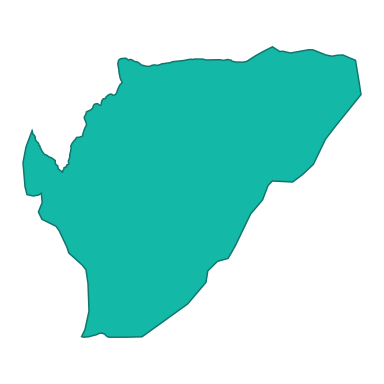 outline of Yelimane, Kayes, Mali
{"feature_id": "8926073B99329075829336", "entity_name": "Yelimane", "entity_type": "district", "adm_level": 2, "iso_a3": "MLI", "parent_name": "Mali", "parent_adm1": "Kayes", "projection": "mercator", "projection_center": [-10.704, 15.046], "detail": "fine", "context": "isolated", "style": "filled", "palette": "teal", "viewbox_px": 384, "rotation_deg": 0, "n_neighbors": 0, "source": "geoboundaries", "source_scale": "gbopen_adm2", "svg_char_len": 2711}
<svg xmlns="http://www.w3.org/2000/svg" viewBox="0 0 384 384"><path d="M142.0,336.8L187.7,303.9L206.0,282.3L207.8,270.9L217.4,261.4L228.1,258.4L235.3,245.8L247.5,220.4L250.7,213.9L262.5,200.0L268.1,185.4L272.4,181.0L292.7,182.0L302.6,174.5L313.4,164.3L325.5,139.2L335.7,125.9L361.0,94.6L359.8,86.7L359.4,83.9L355.5,60.3L350.1,58.1L343.0,55.0L337.7,55.2L332.1,56.2L325.9,55.0L313.2,49.9L308.9,49.7L290.5,53.0L282.6,51.2L279.8,51.5L276.3,49.3L272.5,46.8L264.3,50.9L256.1,55.4L246.7,61.4L245.7,61.6L242.9,62.2L235.4,62.0L231.6,61.0L231.1,60.2L227.7,59.5L223.6,60.4L219.7,59.7L206.3,60.0L202.8,59.1L194.7,59.0L193.0,59.5L190.5,59.2L183.1,60.6L178.3,61.1L178.2,61.1L172.5,61.7L170.2,62.7L165.2,63.4L164.2,63.5L161.6,63.9L159.8,64.7L157.3,65.4L154.8,64.9L152.2,65.2L152.0,65.3L150.1,66.2L148.8,66.3L147.1,66.4L141.5,65.0L139.4,63.3L137.5,62.0L136.4,61.8L134.7,61.5L132.6,60.2L130.5,59.4L128.6,60.0L127.7,59.5L125.9,58.2L122.7,58.4L120.5,58.7L118.6,60.2L118.3,61.7L117.9,63.1L117.8,63.6L118.5,68.1L118.9,69.4L118.9,71.2L118.9,71.6L120.2,78.2L120.6,79.2L121.9,82.1L122.0,83.0L121.5,83.4L120.3,84.3L119.2,86.2L117.9,89.0L117.4,90.3L117.0,91.8L116.7,92.9L115.3,94.6L114.2,95.1L113.9,95.1L112.8,95.2L111.9,94.3L110.7,94.0L108.1,95.1L106.0,97.1L105.9,97.5L105.6,98.4L104.6,98.6L103.2,98.9L102.1,100.2L101.3,102.7L101.2,104.4L100.7,105.3L99.4,105.1L98.1,104.0L97.1,103.6L94.5,104.2L93.3,105.8L92.8,107.9L90.9,109.8L88.4,111.0L86.5,111.8L85.7,114.6L84.3,116.9L84.4,118.6L85.6,121.4L85.8,121.8L86.5,124.4L86.5,125.2L86.3,125.4L84.9,127.9L83.9,130.6L82.7,134.5L82.7,135.2L82.6,136.0L81.4,136.5L79.8,137.1L77.4,137.4L76.6,137.4L75.1,139.7L75.0,139.8L73.4,141.5L71.9,143.7L70.8,146.0L71.1,148.2L70.4,152.3L69.7,154.9L69.7,157.4L68.8,159.9L68.3,161.0L68.5,162.2L68.7,164.3L68.4,164.4L67.3,164.8L66.7,165.0L66.5,166.1L66.4,166.5L66.4,167.0L66.1,167.1L64.8,167.3L64.0,167.8L63.8,169.4L63.2,170.3L62.6,170.7L62.6,171.8L62.4,172.3L60.0,170.3L58.2,168.7L57.9,166.7L57.7,165.7L56.5,165.1L56.2,164.9L56.1,164.7L55.7,163.9L55.2,162.9L55.3,160.6L52.4,158.4L50.6,157.4L49.0,156.9L47.0,155.4L46.8,155.2L45.5,154.7L44.5,154.6L41.5,150.3L41.1,149.0L40.2,148.0L40.2,146.9L39.6,145.8L39.0,145.2L38.6,143.6L38.2,142.8L36.8,141.7L35.5,139.9L35.2,138.6L35.2,137.5L35.1,136.6L34.4,135.4L33.3,134.3L32.7,133.8L32.6,133.2L32.5,131.7L32.1,130.6L31.7,131.7L26.0,147.0L23.0,162.6L25.0,186.7L27.0,194.6L33.2,196.0L38.4,195.1L41.3,193.3L42.2,202.6L38.4,211.9L41.9,219.3L55.9,226.2L59.1,230.6L67.0,247.3L68.8,253.0L82.4,265.2L86.0,269.9L88.0,283.5L89.0,311.0L85.0,329.5L81.6,336.6L83.5,337.2L88.4,336.8L96.9,334.6L99.0,333.4L102.3,333.2L104.6,334.2L107.2,336.6L109.0,337.2L126.0,337.2L142.0,336.8Z" fill="#14b8a6" stroke="#0f766e" stroke-width="1.5"/></svg>